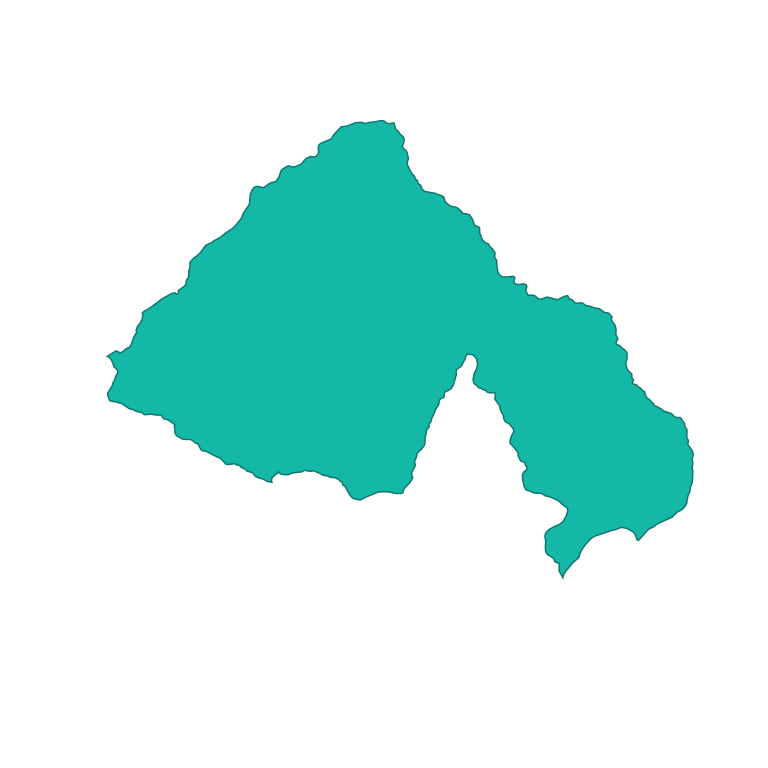 Mariscal Luzuriaga, Áncash, Peru (Equal Earth projection), rotated 245°
{"feature_id": "86281439B99207527213324", "entity_name": "Mariscal Luzuriaga", "entity_type": "district", "adm_level": 2, "iso_a3": "PER", "parent_name": "Peru", "parent_adm1": "Áncash", "projection": "equal_earth", "projection_center": [-77.351, -8.856], "detail": "fine", "context": "isolated", "style": "filled", "palette": "teal", "viewbox_px": 768, "rotation_deg": 245, "n_neighbors": 0, "source": "geoboundaries", "source_scale": "gbopen_adm2", "svg_char_len": 6171}
<svg xmlns="http://www.w3.org/2000/svg" viewBox="0 0 768 768"><g transform="rotate(245 384 384)"><path d="M635.2,453.7L631.3,444.2L628.4,439.6L628.8,430.4L628.7,427.9L628.2,426.3L626.1,424.3L621.6,422.6L620.2,421.3L619.0,418.9L619.1,417.0L621.2,413.7L621.4,409.7L620.6,406.7L618.3,402.1L618.4,395.5L619.7,392.3L622.0,389.8L622.2,387.4L621.5,382.3L620.6,380.6L615.8,376.1L613.4,371.9L613.3,370.1L614.0,367.9L614.1,364.6L612.9,358.8L613.3,356.9L616.6,353.0L617.1,351.2L616.9,348.8L616.2,347.3L612.6,343.2L603.6,337.8L598.0,328.4L594.7,325.3L590.2,316.1L588.8,311.8L587.8,304.4L586.0,297.1L585.6,290.0L585.1,287.7L585.0,281.1L580.6,272.9L579.2,268.9L578.6,265.1L576.7,260.3L575.9,259.3L572.8,258.1L568.5,254.6L563.6,252.3L561.6,248.8L558.2,246.9L557.2,245.0L555.6,237.1L553.6,236.6L552.8,235.7L552.9,234.1L554.8,233.2L555.3,232.4L555.8,229.4L554.9,218.6L552.1,205.6L551.4,200.7L551.5,198.1L550.7,195.3L549.6,194.6L548.1,194.5L544.5,191.8L542.2,188.6L540.8,185.6L539.1,183.6L537.1,181.9L535.3,181.8L532.6,177.5L526.6,171.5L525.0,169.3L524.8,167.5L525.1,165.6L523.4,160.0L523.7,158.0L526.6,155.9L527.2,154.9L526.0,144.9L524.5,146.3L520.5,147.1L516.3,147.0L513.9,146.5L509.9,148.2L508.1,148.2L506.1,146.8L504.3,144.1L501.2,141.2L499.3,138.5L497.4,137.1L492.5,129.8L490.8,128.9L485.2,128.3L484.0,129.1L481.1,133.4L477.0,138.1L469.0,142.9L466.9,145.8L464.0,147.8L460.2,152.7L457.5,153.8L455.0,160.3L452.1,164.4L450.7,167.5L449.6,168.7L448.3,169.4L445.8,169.5L443.2,172.7L441.3,174.1L435.4,177.2L433.8,175.7L431.5,175.7L430.5,174.7L428.4,174.0L425.9,173.9L424.1,174.5L418.9,178.4L415.6,184.8L414.6,186.1L410.5,187.9L408.3,190.1L402.0,190.3L400.3,191.2L398.0,194.5L388.6,201.7L385.6,204.6L378.0,206.9L376.7,209.0L375.0,214.7L374.3,215.7L372.9,216.0L372.1,217.8L371.3,218.6L368.9,219.3L365.3,222.4L362.9,223.1L359.1,227.5L355.3,228.2L352.6,229.9L348.3,234.8L345.2,236.8L342.3,240.9L344.3,241.4L346.1,242.6L347.1,244.7L347.9,248.8L349.1,251.1L347.9,251.2L345.2,253.2L343.2,256.9L342.1,259.9L342.2,262.8L339.0,272.9L339.5,274.6L339.0,276.0L335.8,280.5L335.4,283.2L329.4,288.7L327.2,289.9L325.0,293.4L322.2,295.8L319.9,300.0L316.6,302.6L314.6,303.1L312.8,304.6L309.8,304.0L309.0,304.5L308.6,305.4L297.2,306.2L293.8,307.4L292.3,308.8L288.9,313.6L289.1,321.2L288.6,332.3L286.6,338.2L283.9,343.1L279.7,348.7L277.5,353.3L277.5,355.2L278.8,356.0L280.9,358.5L283.7,365.8L286.8,370.4L288.7,370.4L291.9,371.5L296.9,378.0L300.7,378.8L303.9,382.3L306.6,384.4L308.0,386.5L308.8,389.6L311.2,394.5L313.4,396.3L318.1,398.5L321.8,401.7L324.0,402.8L326.0,406.7L326.7,407.3L328.8,407.6L329.5,409.7L330.8,411.5L332.6,412.5L335.7,416.5L338.8,419.6L342.5,425.2L345.5,426.8L346.6,428.8L346.7,432.4L347.5,433.4L350.0,434.5L351.1,436.0L350.9,439.4L351.5,442.9L352.1,444.0L354.2,446.8L362.2,453.8L365.8,455.1L366.5,456.5L367.6,461.7L372.1,467.7L374.2,469.6L376.2,472.8L374.7,474.0L373.2,476.5L371.9,477.3L367.7,478.6L362.1,477.0L359.6,475.3L355.1,469.9L350.5,466.7L348.6,466.1L345.7,466.0L342.9,467.9L340.8,467.9L339.1,470.1L337.0,471.4L335.3,473.4L332.9,474.1L331.1,476.5L330.0,479.3L328.9,480.7L326.6,480.1L323.6,478.1L314.8,479.6L313.3,478.9L309.5,478.5L305.3,479.0L302.9,478.1L300.3,477.9L298.1,478.1L295.5,480.5L288.4,482.3L286.0,481.6L282.3,476.7L279.3,474.3L277.4,473.4L276.0,473.4L274.5,474.2L265.0,476.5L262.2,475.1L256.9,475.3L255.9,475.7L253.7,478.6L251.2,477.9L247.9,478.3L246.1,477.2L245.1,473.3L242.9,470.9L238.8,469.3L232.0,467.7L228.5,467.9L227.2,468.7L224.7,471.6L222.2,473.4L220.4,476.2L219.4,478.7L217.8,480.9L214.2,483.1L212.1,486.2L207.4,490.4L204.1,493.0L200.0,494.4L194.9,497.3L193.3,497.6L191.5,497.0L187.4,493.4L183.4,487.7L182.6,482.9L182.8,477.0L182.3,472.2L181.5,469.4L180.0,467.0L178.0,465.5L172.4,463.8L168.7,461.6L163.9,459.8L160.4,460.0L155.3,463.5L153.2,464.0L150.7,463.7L147.2,467.0L140.7,463.7L132.8,464.2L134.7,465.7L137.6,469.8L142.2,479.5L144.0,486.1L144.9,487.8L147.8,490.2L150.8,494.2L153.3,498.6L156.6,506.5L157.0,510.9L155.1,528.0L154.3,531.8L153.9,537.5L153.2,539.4L150.4,543.1L145.2,547.0L143.3,547.8L140.5,548.0L136.1,547.5L134.7,548.4L140.6,562.4L140.6,567.7L141.7,572.9L141.6,589.5L142.7,591.0L142.8,592.9L144.1,595.2L144.0,599.3L144.6,602.1L146.2,605.6L147.8,607.7L154.4,612.3L157.1,615.7L160.9,618.0L164.6,621.8L175.1,627.4L177.7,627.7L182.0,630.6L185.8,631.5L189.5,634.7L193.6,635.1L200.9,633.7L203.9,636.0L207.1,635.6L214.5,639.3L217.8,638.7L221.5,639.7L224.9,638.8L227.0,638.9L228.5,638.1L229.5,635.8L231.3,633.5L235.8,632.0L241.4,626.0L243.6,625.0L248.0,622.0L249.8,620.0L252.4,619.9L254.9,618.6L257.4,618.2L260.2,616.4L263.9,616.1L266.9,617.0L269.1,615.4L271.8,614.9L273.6,613.3L276.1,612.7L279.3,609.3L280.0,609.5L282.2,611.8L284.9,611.3L288.3,612.8L293.7,610.7L298.8,611.2L301.3,612.3L304.8,615.3L309.7,617.4L312.8,616.7L316.2,614.8L319.0,614.0L321.0,612.0L322.5,611.5L323.7,612.0L326.1,615.1L330.8,615.0L335.7,617.5L339.2,618.2L345.7,617.2L346.7,617.6L348.1,618.9L349.1,618.8L353.1,617.7L356.1,613.7L361.3,611.0L363.8,607.1L367.6,603.3L369.9,600.0L372.7,598.6L374.1,597.3L375.7,593.0L377.2,591.2L380.9,589.9L383.3,587.8L386.5,587.8L387.0,585.7L387.2,579.8L386.8,578.0L387.1,576.7L393.8,568.8L394.5,562.6L395.1,561.0L396.7,559.5L400.4,557.9L402.1,555.7L403.1,553.0L403.9,552.0L408.4,551.9L409.9,552.6L411.4,554.4L413.5,554.8L415.7,553.0L417.4,547.6L419.4,545.1L421.3,544.7L425.2,547.5L426.7,546.9L427.8,544.4L428.9,540.9L431.2,536.3L435.0,534.6L437.2,534.6L441.4,535.5L448.6,538.4L451.8,537.7L456.2,540.1L460.9,539.3L463.3,538.1L466.7,537.9L469.0,535.7L473.1,534.1L480.6,534.6L484.9,536.6L486.2,536.2L489.6,533.2L495.6,533.8L500.9,533.1L503.2,531.0L505.1,527.5L508.7,526.8L512.3,525.1L514.6,523.0L516.5,520.0L518.1,518.8L523.3,516.4L527.6,517.2L529.0,516.9L535.3,510.8L541.3,502.3L544.6,500.7L548.4,501.3L551.5,499.6L554.3,500.3L556.5,499.0L559.5,499.4L562.9,498.1L572.3,497.8L574.5,498.3L578.1,501.5L584.2,502.7L585.8,502.6L590.4,500.9L591.8,501.0L594.4,504.0L597.9,505.9L600.1,505.8L603.3,504.3L607.3,503.6L610.3,502.2L616.3,503.4L616.9,502.4L617.5,499.1L618.7,497.1L622.5,495.1L624.1,492.2L625.6,485.9L627.4,480.8L628.1,476.6L630.0,475.0L631.1,473.5L632.9,468.1L633.3,459.9L635.2,453.7Z" fill="#14b8a6" stroke="#0f766e" stroke-width="1.5"/></g></svg>